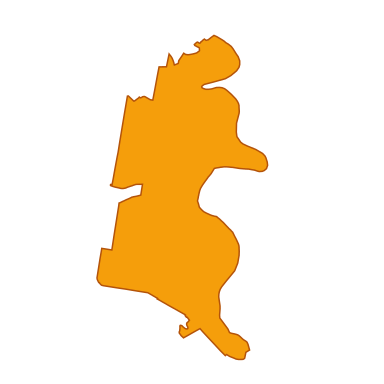 outline of Nanesti, Vrancea, Romania, rotated 9°
{"feature_id": "2599482B9784868122907", "entity_name": "Nanesti", "entity_type": "district", "adm_level": 2, "iso_a3": "ROU", "parent_name": "Romania", "parent_adm1": "Vrancea", "projection": "equal_earth", "projection_center": [27.499, 45.566], "detail": "fine", "context": "isolated", "style": "filled", "palette": "amber", "viewbox_px": 384, "rotation_deg": 9, "n_neighbors": 0, "source": "geoboundaries", "source_scale": "gbopen_adm2", "svg_char_len": 5960}
<svg xmlns="http://www.w3.org/2000/svg" viewBox="0 0 384 384"><g transform="rotate(9 192 192)"><path d="M254.9,348.5L259.8,349.6L261.6,350.1L264.4,350.1L267.2,349.6L268.6,349.3L269.2,348.9L270.0,348.0L270.1,346.5L270.3,341.9L273.6,339.1L271.2,333.8L270.1,332.1L269.7,331.6L268.7,331.0L265.9,329.8L264.6,329.0L262.3,327.4L261.2,326.7L260.2,326.2L259.3,325.9L258.0,325.7L256.0,325.5L253.3,325.4L251.9,325.2L251.0,324.9L248.9,321.7L247.6,320.4L240.9,313.8L239.2,312.2L238.5,309.3L238.2,305.6L238.0,303.1L237.5,300.1L236.6,297.2L234.8,291.4L234.5,288.6L234.6,286.2L235.1,283.6L236.2,280.9L239.8,274.5L245.3,265.2L246.5,263.1L248.1,256.0L248.3,255.0L248.4,247.9L248.4,247.6L248.4,247.0L248.3,246.5L248.2,245.6L248.1,244.9L248.0,243.7L247.3,240.2L247.1,239.0L246.8,238.0L246.7,237.6L246.5,237.2L246.1,236.3L244.2,233.4L242.9,231.5L241.0,229.0L238.7,225.7L238.5,225.4L238.2,225.2L236.8,224.2L236.2,223.6L234.0,222.2L233.2,221.5L232.5,221.0L230.8,219.7L227.9,217.4L226.7,216.6L225.7,216.0L224.9,215.4L223.3,214.3L222.4,213.8L220.9,213.0L220.7,212.8L220.5,212.6L220.0,212.4L218.1,212.4L216.4,212.2L215.4,212.1L215.0,212.1L214.9,212.0L213.4,211.7L211.8,211.2L210.6,210.9L209.2,210.5L208.1,210.1L207.3,209.9L206.0,209.2L205.1,208.6L203.7,207.6L203.0,207.0L202.0,206.2L201.7,205.9L201.5,205.6L200.2,202.6L198.8,200.0L199.0,196.9L199.0,195.1L199.1,194.4L199.1,193.2L199.4,189.4L199.9,187.0L201.1,184.0L201.3,183.5L203.5,179.0L203.8,178.4L204.0,178.1L205.3,175.5L205.7,174.6L206.4,173.6L207.6,171.6L208.0,170.9L210.3,165.4L210.4,165.2L210.7,165.1L210.9,165.0L212.7,164.3L215.0,163.6L216.5,163.0L217.5,162.8L219.1,162.3L220.4,162.0L221.1,161.9L221.7,161.8L222.8,161.7L224.0,161.6L225.6,161.5L227.4,161.4L228.1,161.3L231.2,161.3L231.9,161.3L233.9,161.3L235.3,161.3L239.6,161.0L240.3,160.9L241.0,160.9L242.0,160.8L244.3,160.5L247.4,160.6L250.2,160.6L251.5,160.8L253.2,161.1L255.2,161.3L258.2,160.6L260.0,159.5L261.9,157.3L262.1,156.1L262.5,153.8L261.6,150.6L260.6,148.6L259.6,146.6L258.4,145.0L255.7,142.9L248.3,140.0L239.7,138.0L234.9,136.6L232.3,135.2L227.7,130.3L226.4,125.9L225.2,117.0L226.2,106.9L226.1,105.1L225.2,101.0L224.9,99.2L224.1,97.4L222.6,95.3L220.6,93.2L215.6,89.4L210.6,86.2L208.1,84.9L205.4,84.3L202.8,84.4L199.7,85.0L195.3,87.1L192.2,88.0L189.6,88.4L187.0,88.0L185.5,87.4L185.1,86.5L185.6,85.4L187.3,83.8L195.6,80.2L207.2,74.9L212.2,70.9L217.1,65.3L218.9,61.5L219.2,58.7L218.6,55.0L216.4,51.1L214.0,48.6L210.1,44.1L208.0,42.1L204.6,40.2L202.2,39.3L200.2,38.0L198.0,37.0L192.2,34.7L189.2,33.9L186.3,36.8L185.8,37.5L185.4,37.7L184.4,39.0L184.0,39.2L183.5,39.4L182.9,39.7L182.2,40.0L181.8,39.8L181.2,39.5L180.6,39.2L180.3,39.0L179.1,40.2L178.3,41.3L177.7,42.1L177.4,42.2L176.7,43.6L176.5,43.8L176.3,43.9L176.0,43.9L175.7,43.8L175.0,43.4L174.4,43.2L174.1,43.1L173.8,43.1L173.5,43.3L173.2,43.6L172.8,44.0L171.6,45.5L171.2,45.9L171.8,46.8L172.0,46.9L172.7,47.1L173.5,47.4L174.3,47.7L175.3,48.0L176.6,48.4L176.7,48.5L177.3,51.3L176.7,52.1L176.0,52.7L175.2,53.6L174.8,53.9L174.1,54.3L173.4,54.6L171.6,55.4L170.0,56.0L167.6,56.8L166.8,57.0L166.1,57.1L165.3,57.1L164.5,57.1L164.4,57.2L164.1,57.1L163.6,56.9L162.1,56.2L160.8,59.2L158.7,63.6L158.4,64.3L158.3,67.2L154.7,69.3L154.3,68.5L153.9,67.3L153.5,66.6L153.2,65.9L152.8,65.2L152.1,64.0L151.8,63.5L151.4,62.9L150.9,62.3L150.2,61.5L149.2,60.5L148.3,59.8L147.8,59.3L147.2,72.3L139.9,73.6L139.6,82.3L139.2,98.2L138.9,107.4L136.6,107.4L136.1,107.3L133.8,106.4L131.9,105.7L131.3,105.4L130.0,105.1L129.2,105.3L128.2,105.7L128.0,105.9L127.5,106.4L127.2,106.6L126.8,106.9L126.6,107.0L126.2,107.0L125.6,106.7L125.1,106.5L124.8,107.1L124.4,107.6L123.6,108.4L122.5,109.5L121.7,110.4L121.0,111.0L120.6,111.3L120.2,111.3L114.1,107.1L113.2,107.4L113.1,117.0L113.0,125.2L113.0,125.8L112.9,137.6L112.8,154.2L112.8,161.9L112.8,162.9L112.8,164.5L112.6,168.9L112.3,180.6L112.1,191.6L112.0,194.5L111.9,196.4L111.9,197.2L111.5,197.2L111.0,197.2L110.6,197.2L110.4,197.4L110.5,198.3L111.2,198.6L111.7,198.6L113.0,198.9L113.9,199.0L115.3,199.2L117.2,199.3L118.9,199.4L120.2,199.5L121.2,199.6L122.5,199.5L123.5,199.3L124.7,198.9L126.0,198.4L127.2,197.6L128.0,197.1L128.7,196.8L129.6,196.3L131.0,195.6L131.7,195.3L133.0,194.5L134.4,193.8L135.4,193.3L136.6,193.0L137.3,192.9L139.0,192.6L139.9,192.5L140.8,192.3L141.9,192.1L141.9,203.1L138.5,204.6L136.9,205.2L136.0,205.5L134.8,205.9L134.0,206.3L133.5,206.5L133.2,206.6L132.8,207.0L131.5,207.9L129.5,209.2L128.3,209.9L125.9,211.6L124.7,212.3L124.1,212.8L122.3,214.0L122.0,214.2L121.7,214.3L121.8,217.0L121.8,233.1L121.8,245.7L121.9,261.8L114.1,261.8L111.7,261.8L111.7,265.1L111.6,271.8L111.6,274.4L111.6,283.9L111.6,289.4L111.6,291.7L112.0,292.9L112.1,293.2L113.0,294.5L113.5,295.3L114.2,296.1L114.7,296.1L115.2,296.7L116.0,297.4L116.7,297.9L117.3,298.2L117.9,298.3L119.3,298.4L120.4,298.4L121.5,298.4L125.4,298.4L128.7,298.4L129.9,298.4L131.8,298.4L142.0,298.3L152.3,298.4L163.8,298.4L164.0,298.4L164.5,298.5L174.7,302.5L174.4,303.1L175.3,303.4L177.5,304.2L180.3,305.3L183.3,306.4L186.1,307.5L189.1,308.6L192.1,309.7L199.4,312.4L204.2,314.2L204.7,314.5L204.9,314.6L204.9,314.8L204.6,315.1L204.7,315.3L205.0,315.6L205.2,315.8L205.6,316.1L205.9,316.2L206.1,316.6L206.4,316.5L206.6,316.4L206.8,316.6L207.1,316.7L209.0,318.6L209.5,319.0L209.1,319.7L208.7,320.4L208.5,320.8L207.9,321.5L207.6,321.8L207.4,322.2L207.4,322.6L207.3,323.1L207.4,323.5L207.5,323.9L207.8,324.5L208.4,325.4L208.7,325.7L209.0,326.1L209.1,326.5L209.2,326.8L209.2,327.4L209.1,327.6L208.9,327.8L208.5,328.0L207.9,328.1L207.5,328.1L206.9,328.0L206.3,327.8L205.4,327.3L204.4,326.7L203.8,326.3L203.5,326.0L203.2,325.8L202.8,325.6L202.3,325.5L201.7,325.4L201.4,325.5L201.1,325.7L201.1,326.1L201.1,326.8L201.3,327.7L201.4,328.3L201.5,329.6L201.5,330.5L201.6,331.0L201.5,331.5L201.3,331.8L201.4,333.2L203.9,335.7L205.6,336.8L206.4,337.4L209.6,334.9L212.6,332.5L218.0,328.2L221.3,325.7L224.3,328.2L230.4,333.0L237.6,338.6L245.0,344.4L250.5,348.4L251.6,347.1L254.9,348.5Z" fill="#f59e0b" stroke="#b45309" stroke-width="1.5"/></g></svg>